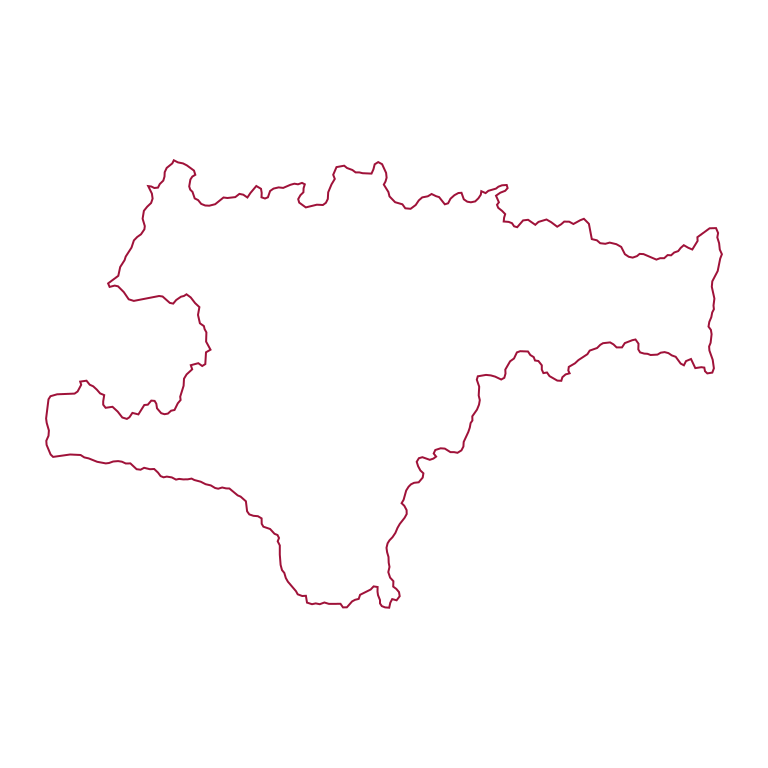 Jucuruçu, Bahia, Brazil
{"feature_id": "56859067B84461120097776", "entity_name": "Jucuruçu", "entity_type": "district", "adm_level": 2, "iso_a3": "BRA", "parent_name": "Brazil", "parent_adm1": "Bahia", "projection": "albers", "projection_center": [-40.091, -16.878], "detail": "fine", "context": "isolated", "style": "outline", "palette": "rose", "viewbox_px": 768, "rotation_deg": 0, "n_neighbors": 0, "source": "geoboundaries", "source_scale": "gbopen_adm2", "svg_char_len": 6103}
<svg xmlns="http://www.w3.org/2000/svg" viewBox="0 0 768 768"><path d="M148.2,186.1L151.9,193.6L152.6,198.6L151.1,203.0L147.2,206.7L143.9,210.8L142.6,218.7L144.8,226.1L144.4,229.3L141.0,234.3L137.3,236.9L133.9,240.4L131.5,247.6L125.7,256.6L124.6,260.1L120.2,267.0L118.3,275.8L108.1,283.4L109.6,286.9L114.7,285.6L118.0,286.3L123.8,292.1L128.7,299.3L133.8,300.9L159.1,296.0L162.6,296.5L169.8,302.9L173.2,303.6L176.2,300.0L181.0,296.7L183.9,296.0L186.5,294.3L190.7,297.4L195.1,303.1L199.4,307.1L198.0,314.9L199.9,323.3L203.9,326.1L204.6,329.1L206.4,332.4L206.1,341.6L210.5,349.7L206.0,352.3L205.3,364.1L202.2,366.0L198.3,363.2L190.8,365.2L192.2,369.3L186.6,374.4L184.0,378.7L183.6,385.8L180.2,396.7L180.6,400.0L177.8,403.3L174.5,410.0L171.1,410.7L167.9,413.6L164.5,414.2L161.2,413.2L157.0,408.3L156.3,403.7L154.6,400.9L151.3,400.6L147.8,404.7L144.3,405.0L138.4,414.4L132.4,412.9L129.4,417.3L126.9,418.9L122.3,417.5L117.7,411.6L112.5,406.8L105.6,407.8L103.2,404.7L103.2,401.4L104.2,395.1L100.1,393.4L96.8,389.6L93.2,386.3L89.7,384.7L86.5,380.7L80.2,381.6L81.2,384.8L77.6,391.5L74.6,393.6L57.1,394.3L50.5,396.2L48.5,399.3L46.1,418.5L46.7,422.9L48.9,430.5L48.5,435.8L46.3,440.8L46.6,444.9L50.6,454.5L53.1,456.9L70.1,454.5L80.6,455.0L84.3,457.4L88.7,458.4L97.2,461.8L105.8,463.4L109.0,463.0L113.2,461.5L118.1,461.1L121.9,461.7L125.8,463.5L130.4,463.4L136.6,469.2L140.6,469.7L144.1,467.8L149.9,469.2L154.2,469.0L158.0,472.6L160.6,476.1L163.6,477.3L166.8,476.6L171.8,477.4L176.0,479.6L179.1,478.9L183.2,479.4L187.9,479.3L191.6,478.6L194.3,480.0L200.7,481.7L205.6,484.2L210.8,485.4L215.1,488.0L218.2,488.7L222.2,487.5L226.1,488.4L229.4,488.5L237.7,495.4L240.6,496.6L245.9,501.3L247.1,511.3L249.3,514.4L253.4,515.8L257.9,516.2L261.6,518.4L261.7,523.8L263.4,526.7L270.1,529.0L274.5,533.8L277.5,535.0L279.0,538.0L277.7,541.3L279.8,545.4L279.8,554.6L280.6,564.9L282.0,570.1L284.3,572.9L285.8,578.0L287.9,581.7L296.0,591.2L297.7,594.3L302.2,596.0L305.9,595.8L307.0,602.6L312.0,604.2L315.7,603.4L319.8,604.2L324.4,602.5L329.0,603.9L340.5,603.8L343.0,607.4L346.9,607.3L352.1,601.4L355.1,599.8L358.7,598.9L360.1,594.8L370.7,589.5L373.6,586.4L377.6,587.0L377.5,591.6L378.0,595.1L380.0,600.1L380.0,603.4L381.8,606.1L385.1,607.4L389.2,607.7L390.3,602.7L392.2,599.1L396.6,600.3L399.7,596.2L399.0,592.1L396.3,588.9L393.2,586.6L393.4,581.2L390.1,577.6L388.3,572.1L389.5,566.9L388.7,562.7L388.5,557.0L387.1,552.2L386.5,547.8L387.6,543.3L389.5,540.3L392.5,537.2L395.4,532.9L397.5,527.9L399.8,523.9L404.6,517.8L406.7,514.0L406.6,510.1L404.3,505.8L401.6,503.2L403.6,499.8L406.2,490.5L408.6,486.7L411.0,484.3L414.1,482.8L418.7,482.3L422.7,477.6L423.4,473.3L420.4,470.5L418.1,466.2L416.7,461.8L418.9,458.2L422.4,457.2L429.8,459.8L433.4,458.6L436.1,456.6L433.7,453.5L435.3,450.0L440.6,448.3L444.8,448.6L450.4,452.1L453.9,452.1L457.5,452.8L461.4,450.4L463.4,446.6L463.7,441.9L468.3,432.0L469.8,427.6L470.6,423.1L472.4,420.5L472.3,416.3L477.0,409.6L479.0,404.7L479.8,400.1L478.7,395.5L479.2,386.7L476.8,379.7L477.8,376.3L486.0,374.9L490.8,375.4L495.1,376.6L501.2,379.5L504.3,377.8L505.5,373.6L505.3,369.6L510.1,361.3L514.0,358.5L516.9,352.4L520.2,351.2L528.0,351.5L530.3,355.0L533.7,357.1L535.0,360.5L538.4,361.0L541.8,365.3L541.8,369.6L543.4,373.1L547.0,372.5L549.5,376.1L557.3,380.6L561.3,380.8L562.4,377.2L565.6,374.4L569.6,373.3L568.3,370.5L568.8,366.9L575.0,363.3L578.4,360.1L587.4,354.2L589.7,350.6L597.1,348.0L600.3,344.8L603.0,343.2L610.1,342.4L613.5,344.4L616.6,347.4L622.0,347.4L624.8,343.1L632.3,340.2L635.5,339.5L638.5,343.7L638.3,349.4L640.1,352.4L644.2,353.6L647.5,353.8L650.6,355.0L657.5,354.6L660.7,352.7L664.6,352.1L668.4,353.1L671.8,355.4L675.7,356.8L680.7,363.6L683.9,365.3L686.0,361.1L691.0,359.0L695.3,368.1L701.3,367.2L704.3,367.6L705.0,371.2L707.3,373.4L712.3,372.6L713.9,368.3L712.7,359.8L709.4,350.5L709.1,346.5L710.6,342.8L711.6,334.2L710.9,329.9L708.5,326.6L709.3,321.9L711.3,317.2L712.2,312.5L713.9,309.2L713.5,305.5L714.4,298.6L711.8,286.8L712.3,281.3L717.7,271.0L720.2,258.6L721.9,254.2L719.8,249.6L719.1,243.2L717.3,237.4L718.1,233.0L716.0,228.1L709.6,228.3L697.4,237.2L697.6,240.9L692.3,249.5L688.3,247.8L683.8,245.2L680.7,247.9L678.2,251.1L674.2,252.5L671.1,255.3L667.6,255.1L664.2,258.2L660.1,258.2L656.4,259.6L643.5,254.1L639.6,253.9L637.0,256.1L632.7,257.6L628.8,256.8L624.9,254.2L621.2,246.9L616.4,244.2L609.7,242.6L605.3,243.8L600.2,243.2L596.9,240.3L591.8,239.1L588.9,223.8L583.9,218.8L580.3,220.2L573.4,224.0L569.2,221.7L564.2,221.6L561.1,224.3L557.2,226.7L551.2,222.2L546.5,219.5L538.5,221.9L535.3,224.8L528.1,219.8L523.1,220.4L517.2,227.2L514.1,226.3L512.0,223.2L508.7,221.9L503.7,221.5L504.1,217.7L505.2,214.1L502.1,210.9L498.2,207.8L497.0,204.8L498.9,202.3L496.0,195.7L500.3,192.7L505.2,190.8L507.6,188.1L506.7,185.0L502.0,185.3L498.4,186.7L496.0,188.6L488.4,190.8L485.6,193.1L481.3,191.2L480.8,194.7L478.4,198.3L475.2,201.4L470.9,202.3L467.3,201.7L463.8,199.3L461.5,192.8L458.4,193.0L454.4,195.2L450.5,198.7L448.1,203.3L444.8,204.3L439.1,197.1L436.1,196.2L431.6,194.0L427.8,196.3L422.2,197.4L418.8,200.4L415.7,205.0L410.6,208.8L405.3,208.3L402.4,204.3L395.1,202.2L389.5,196.4L388.4,192.0L383.8,184.6L385.5,181.5L386.6,177.7L386.1,172.9L382.1,164.2L378.2,162.1L374.7,164.3L373.4,169.4L371.5,173.6L362.6,173.2L359.3,172.4L355.6,172.4L352.4,170.0L347.0,168.0L344.2,165.7L336.5,167.1L333.2,174.8L334.8,178.9L331.5,184.4L328.2,192.3L327.8,199.0L325.9,202.8L322.9,205.0L316.9,204.7L305.8,207.4L299.2,202.6L298.2,199.1L300.4,195.2L303.4,192.3L303.6,188.2L304.8,184.3L302.0,182.9L298.0,184.3L294.4,183.7L290.4,184.8L283.2,187.9L278.6,187.4L273.5,188.6L270.1,191.0L267.9,197.3L265.0,198.5L261.5,197.3L261.7,192.9L261.0,188.8L256.3,186.0L250.5,192.9L247.4,197.5L243.3,194.7L239.4,193.9L235.3,197.1L227.4,198.0L223.5,197.5L215.2,204.2L209.3,205.7L205.2,205.5L201.2,203.9L198.1,200.1L194.7,198.4L192.5,191.9L190.2,189.6L189.2,186.4L190.4,179.5L192.3,176.6L195.3,174.8L194.0,170.6L186.9,165.4L183.0,163.4L178.0,162.4L173.8,160.3L172.3,163.4L166.7,167.9L164.7,172.2L164.5,176.6L163.3,180.6L159.8,184.0L158.0,187.6L154.3,188.0L151.3,186.5L148.2,186.1Z" fill="none" stroke="#9f1239" stroke-width="2"/></svg>